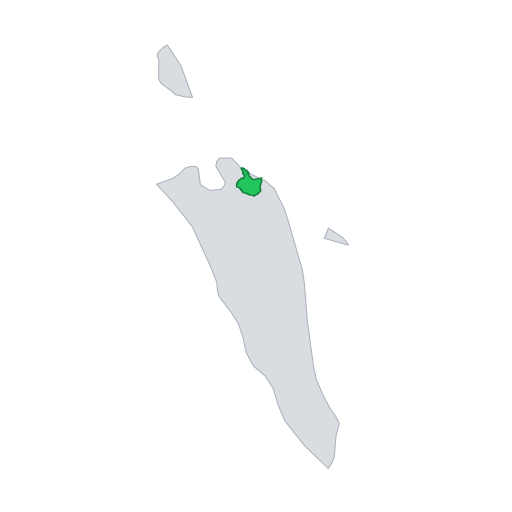 location of Atabae, Bobonaro, East Timor, rotated 85°
{"feature_id": "22284137B39370724774054", "entity_name": "Atabae", "entity_type": "district", "adm_level": 2, "iso_a3": "TLS", "parent_name": "East Timor", "parent_adm1": "Bobonaro", "projection": "orthographic", "projection_center": [125.062, -8.829], "detail": "fine", "context": "in_parent", "style": "filled", "palette": "green", "viewbox_px": 512, "rotation_deg": 85, "n_neighbors": 0, "source": "geoboundaries", "source_scale": "gbopen_adm2", "svg_char_len": 5069}
<svg xmlns="http://www.w3.org/2000/svg" viewBox="0 0 512 512"><g transform="rotate(85 256 256)"><path d="M175.8,348.8L171.2,331.2L166.3,323.7L162.4,319.4L161.1,314.0L161.4,308.5L163.7,305.9L180.1,305.2L186.6,296.2L186.6,285.3L183.3,281.6L180.1,280.1L163.1,288.2L158.2,286.8L155.3,283.8L156.3,271.7L170.3,260.5L182.1,240.0L190.5,231.9L209.9,224.2L217.8,222.1L274.3,210.9L287.8,210.2L323.7,210.6L371.6,208.3L383.5,206.8L398.9,201.9L413.8,195.8L421.7,191.0L430.0,187.6L442.3,192.0L463.2,195.5L468.8,198.4L474.0,202.5L449.6,223.9L422.9,241.6L406.4,246.9L389.4,250.5L376.4,257.3L365.5,268.1L351.5,274.1L335.8,276.1L322.3,279.3L310.1,285.6L293.1,296.4L286.2,297.5L279.0,297.3L264.9,301.4L221.2,316.9L194.8,334.2L175.8,348.8ZM38.0,326.0L59.6,314.3L92.4,305.4L91.6,311.9L88.3,322.2L83.3,327.0L75.8,335.6L70.9,337.6L51.1,335.7L48.6,337.0L45.2,336.1L40.1,330.5L38.0,326.0ZM253.2,163.2L244.3,186.4L234.6,181.4L244.9,168.4L249.9,164.5L253.2,163.2Z" fill="#d9dde1" stroke="#a8b0b8" stroke-width="1"/><path d="M192.2,246.2L191.7,246.1L191.4,245.9L191.3,245.6L191.1,245.5L190.8,245.4L190.2,245.7L190.0,245.8L189.7,246.1L189.3,246.1L188.5,245.8L188.2,245.7L187.9,245.8L187.6,245.9L187.4,245.9L187.2,245.7L186.7,245.8L186.3,245.9L186.0,245.7L185.1,245.1L185.0,244.9L184.8,244.9L184.4,244.7L183.5,244.6L183.4,244.6L183.2,244.4L182.9,244.0L182.0,243.9L181.6,244.0L181.4,244.1L181.1,244.1L180.5,244.1L180.0,244.0L178.8,243.6L178.8,243.9L178.9,244.4L179.1,245.6L179.2,246.2L179.2,246.6L179.3,247.4L179.3,247.8L179.4,248.5L179.5,249.2L179.6,250.0L179.7,250.6L179.7,251.5L179.6,252.0L179.4,252.3L179.2,252.7L179.1,252.9L178.8,253.1L178.5,253.3L178.4,253.4L178.3,253.5L178.2,253.7L178.0,253.9L177.8,254.0L177.6,254.2L177.5,254.4L177.3,254.6L177.2,254.7L176.8,254.8L176.4,255.1L176.2,255.4L176.1,255.6L175.9,255.8L175.5,256.0L175.0,256.1L174.7,256.2L174.4,256.2L174.3,256.3L174.1,256.4L174.1,256.5L173.9,256.5L173.8,256.4L173.8,256.5L173.7,256.4L173.7,256.5L173.5,256.3L173.2,256.3L172.9,256.4L172.7,256.4L172.4,256.4L172.2,256.3L172.0,256.5L171.9,256.6L171.7,256.7L171.7,256.8L171.6,256.7L171.5,256.8L171.5,256.7L171.4,256.8L171.5,256.8L171.5,257.0L171.3,257.3L171.2,257.5L170.8,257.8L170.6,257.7L170.4,257.7L170.5,257.8L170.4,257.9L170.3,258.0L170.2,258.0L170.3,258.0L170.2,258.1L170.0,258.4L169.9,258.4L169.7,258.5L169.6,258.8L169.4,259.0L169.2,259.1L169.1,259.3L168.9,259.6L168.7,259.8L168.6,259.7L168.4,259.8L168.5,259.9L168.4,260.0L168.2,260.2L168.2,260.3L167.9,260.4L167.9,260.5L167.8,260.8L167.7,260.8L167.5,261.1L167.4,261.1L167.2,262.3L167.2,262.6L167.2,262.9L167.2,263.1L167.3,263.2L167.6,263.1L167.8,262.9L168.0,262.7L168.3,262.8L168.5,262.7L168.9,262.7L169.3,262.3L169.5,262.3L169.6,262.2L169.8,261.8L170.1,261.7L170.3,261.7L170.7,261.6L170.9,261.7L171.1,261.6L171.4,261.8L171.6,261.9L171.8,261.9L172.1,261.9L172.2,262.0L172.3,261.9L172.3,262.0L172.5,262.0L172.7,261.9L172.9,261.7L173.0,261.5L173.1,261.4L173.4,261.4L173.5,261.3L173.4,261.2L173.5,261.1L173.9,261.1L174.0,261.1L174.0,260.9L174.0,260.7L174.3,260.4L174.5,260.4L174.8,260.4L175.0,260.2L175.3,260.2L175.5,260.3L175.5,260.6L175.8,260.7L176.0,260.9L176.3,260.8L176.6,260.8L176.7,260.7L176.8,260.8L177.0,261.0L177.2,261.3L177.2,261.5L177.3,261.5L177.6,261.7L177.7,261.8L177.8,261.9L177.9,262.0L177.8,262.3L177.7,262.3L177.4,262.6L177.3,262.9L177.2,263.0L177.3,263.3L177.4,263.6L177.4,263.9L177.8,264.3L178.0,264.8L178.2,265.0L178.3,265.2L178.5,265.3L178.7,265.6L178.8,265.7L178.8,265.8L178.8,266.0L179.0,265.9L179.3,265.9L179.6,266.3L179.8,266.6L180.0,266.9L180.0,267.2L180.1,267.4L180.4,267.4L180.4,267.5L180.8,268.1L181.0,268.2L181.2,268.3L181.5,268.3L181.8,268.6L182.0,268.6L182.0,268.8L182.3,268.8L182.5,268.8L182.8,268.9L183.0,268.9L183.1,269.0L183.3,268.9L183.4,269.0L183.8,269.1L184.0,269.1L184.3,269.3L184.4,269.2L184.7,269.1L184.9,269.0L185.0,268.9L185.5,269.0L185.4,268.7L185.5,268.4L185.7,268.0L185.9,267.7L186.0,267.5L186.2,267.2L186.3,267.0L186.3,266.8L186.4,266.7L186.7,266.5L186.9,266.3L187.0,266.3L187.1,266.2L187.4,266.3L187.5,266.3L187.5,266.1L187.5,265.7L188.7,265.3L188.9,265.4L189.0,265.3L189.1,265.2L189.0,264.7L189.3,264.6L189.6,264.7L189.9,264.5L190.2,264.2L190.3,264.1L190.5,264.1L190.8,264.1L191.1,263.8L191.3,263.6L191.6,263.5L191.6,263.4L191.5,263.0L191.6,262.8L191.7,262.4L192.0,262.1L192.4,261.5L192.4,261.4L192.6,261.2L192.7,260.9L192.8,260.7L192.8,259.7L192.8,259.4L193.1,259.1L193.4,258.8L193.7,258.7L193.9,258.6L194.1,258.4L194.2,258.0L194.1,257.8L194.1,257.6L194.2,257.4L194.5,257.1L194.7,256.8L194.8,256.5L194.7,255.9L194.7,255.4L194.7,255.2L194.8,254.9L195.0,254.1L195.2,253.9L195.4,253.7L195.8,253.5L196.1,253.3L196.2,253.1L196.1,252.9L195.9,252.7L195.7,252.5L195.7,252.4L195.7,251.8L195.6,251.6L195.5,251.3L195.4,251.2L195.2,251.1L194.9,251.1L194.8,250.9L194.8,250.6L194.7,250.4L194.4,250.0L194.4,249.8L194.4,249.7L194.6,249.5L194.6,249.2L194.6,248.9L194.3,248.8L194.0,248.7L193.8,248.6L193.8,248.2L193.5,248.0L193.3,247.9L193.0,247.6L192.9,247.5L192.8,247.3L192.8,247.2L192.7,246.9L192.5,246.6L192.2,246.4L192.2,246.2Z" fill="#22c55e" stroke="#15803d" stroke-width="1.5"/></g></svg>